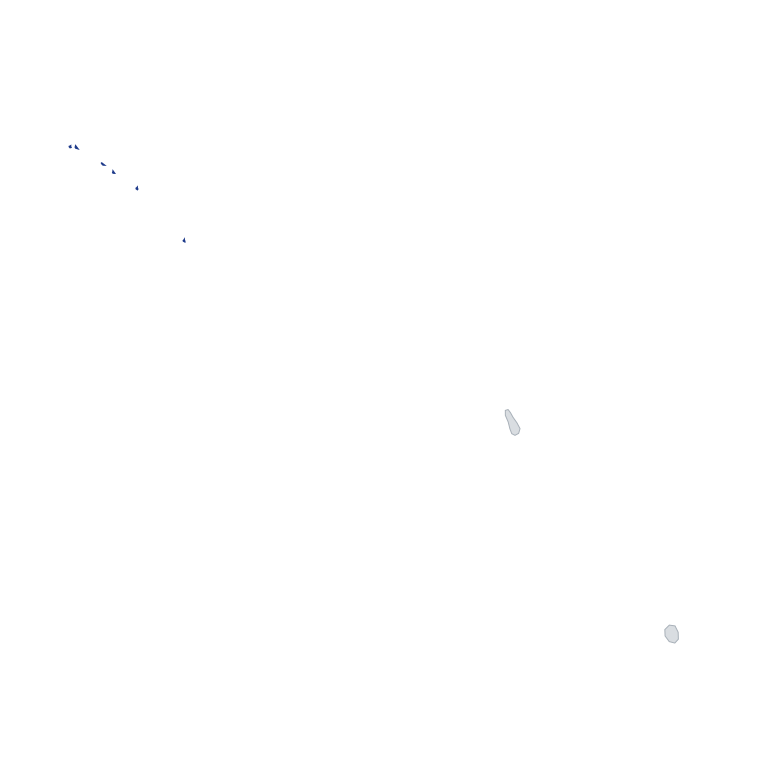 Maldives, with Raa highlighted, rotated 318°
{"feature_id": "MDV-5226", "entity_name": "Raa", "entity_type": "Atoll", "adm_level": 1, "iso_a3": "MDV", "parent_name": "Maldives", "parent_adm1": "", "projection": "natural_earth1", "projection_center": [72.972, 5.719], "detail": "coarse", "context": "in_parent", "style": "filled", "palette": "blue", "viewbox_px": 768, "rotation_deg": 318, "n_neighbors": 0, "source": "natural_earth", "source_scale": "10m", "svg_char_len": 1001}
<svg xmlns="http://www.w3.org/2000/svg" viewBox="0 0 768 768"><g transform="rotate(318 384 384)"><path d="M455.2,508.2L451.0,510.8L447.0,509.8L445.7,506.4L447.6,501.5L450.9,495.3L453.2,488.5L456.5,484.8L459.1,486.0L458.8,489.9L457.6,495.1L456.8,501.9L455.2,508.2ZM432.0,770.6L426.8,771.1L423.6,766.3L424.3,759.3L428.4,754.4L434.7,754.1L438.4,758.5L436.5,765.3L432.0,770.6Z" fill="#d9dde1" stroke="#a8b0b8" stroke-width="1"/><path d="M314.2,0.7L313.9,4.2L312.8,2.4L313.0,1.5L314.2,0.7ZM322.0,30.2L322.0,30.3L322.7,34.2L321.8,33.3L321.6,32.4L322.0,30.2ZM325.1,44.5L324.8,47.0L324.1,46.3L323.8,45.9L323.8,45.4L324.5,45.0L325.1,44.5ZM332.2,72.7L331.7,73.3L331.6,74.0L331.4,74.4L330.8,74.5L330.5,73.1L330.9,72.7L331.5,72.8L332.2,72.7ZM310.4,-2.7L309.9,-2.2L309.8,-1.6L309.7,-1.3L309.3,-1.5L308.9,-1.7L308.9,-2.9L309.2,-3.1L309.7,-2.8L310.4,-2.7ZM332.2,143.0L331.8,143.5L331.5,144.6L331.1,145.0L330.6,143.6L330.8,143.2L331.5,143.2L332.2,143.0Z" fill="#3b82f6" stroke="#1e3a8a" stroke-width="1.5"/></g></svg>